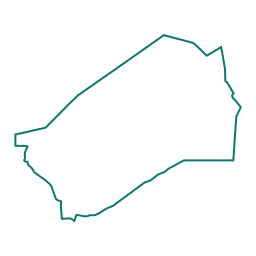 the border of Agadez
{"feature_id": "NER-800", "entity_name": "Agadez", "entity_type": "Department", "adm_level": 1, "iso_a3": "NER", "parent_name": "Niger", "parent_adm1": "", "projection": "natural_earth1", "projection_center": [10.912, 19.426], "detail": "fine", "context": "isolated", "style": "outline", "palette": "teal", "viewbox_px": 256, "rotation_deg": 0, "n_neighbors": 0, "source": "natural_earth", "source_scale": "10m", "svg_char_len": 3796}
<svg xmlns="http://www.w3.org/2000/svg" viewBox="0 0 256 256"><path d="M163.9,35.1L165.5,35.6L167.2,36.0L168.9,36.5L170.6,36.9L172.3,37.4L173.9,37.8L175.6,38.3L177.3,38.7L179.0,39.1L180.7,39.6L182.3,40.0L184.0,40.5L185.7,40.9L187.4,41.4L189.1,41.8L190.8,42.3L192.7,42.8L194.9,44.2L196.0,45.2L198.4,47.6L200.8,49.9L203.2,52.3L205.6,54.6L206.5,55.4L206.7,55.6L207.0,55.6L208.2,54.8L211.5,52.9L214.7,50.9L218.0,49.0L221.2,47.0L221.5,48.4L221.7,49.8L222.0,51.2L222.2,52.7L222.4,54.1L222.7,55.5L222.9,56.9L223.2,58.4L223.4,59.8L223.6,61.2L223.9,62.6L224.1,64.1L224.4,65.5L224.6,66.9L224.8,67.9L224.9,68.8L225.1,69.8L225.1,70.2L225.1,71.4L225.1,73.1L225.2,75.0L225.2,76.9L225.3,78.6L225.3,79.8L225.3,80.2L225.3,80.8L225.4,81.2L225.7,81.5L226.6,82.0L227.0,82.3L227.6,83.2L228.1,84.0L228.4,84.6L228.7,85.1L229.1,85.7L229.4,86.2L229.7,86.8L230.0,87.3L230.4,87.9L230.7,88.5L231.0,89.0L231.3,89.6L231.7,90.1L232.0,90.7L232.3,91.2L232.6,91.8L233.0,92.3L233.3,92.9L233.6,93.5L232.8,93.9L232.4,94.8L232.2,95.9L232.4,96.9L232.6,97.5L232.9,98.0L233.2,98.4L234.8,99.8L235.4,100.4L236.5,101.8L237.6,103.2L238.7,104.6L239.9,106.0L240.3,106.5L240.6,107.0L240.6,107.4L240.5,107.8L240.1,108.6L239.4,110.2L238.6,111.7L237.9,113.3L237.1,114.9L236.8,115.4L236.2,117.2L236.2,118.2L236.1,119.2L236.0,120.3L236.0,121.3L235.9,122.3L235.8,123.4L235.8,124.4L235.7,125.4L235.6,126.5L235.5,127.5L235.5,128.5L235.4,129.6L235.3,130.6L235.3,131.6L235.2,132.7L235.1,133.7L235.1,134.8L235.0,135.8L234.9,136.8L234.8,137.9L234.8,138.9L234.7,139.9L234.6,141.0L234.6,142.0L234.5,143.0L234.4,144.1L234.4,145.1L234.3,146.1L234.2,147.2L234.1,148.2L234.1,149.2L234.0,150.3L233.9,151.3L233.9,152.4L233.8,153.4L233.7,154.4L233.7,155.5L233.6,156.5L233.5,157.5L233.4,158.6L233.4,159.6L233.3,160.4L233.1,160.4L183.9,160.4L169.3,168.2L165.4,171.2L165.0,171.5L164.7,171.8L158.1,174.5L150.2,180.6L144.6,182.5L113.0,205.8L106.2,208.7L98.3,213.7L94.8,215.1L93.6,215.3L90.1,215.2L89.7,215.2L89.4,215.3L87.8,216.2L84.5,216.3L76.8,214.9L76.0,215.9L74.4,220.9L70.6,218.5L69.6,218.4L61.9,218.8L60.8,205.8L61.2,202.1L61.2,201.8L61.2,201.4L60.8,201.2L57.9,200.3L57.7,200.3L57.5,200.1L56.1,199.0L56.0,198.8L55.9,198.7L55.6,198.0L55.5,197.8L51.4,186.3L51.3,186.1L49.6,183.9L45.3,180.2L35.1,172.9L34.7,172.6L34.3,172.1L31.8,168.2L28.4,165.0L28.2,164.7L28.0,164.4L27.6,162.1L27.5,161.8L27.3,161.7L25.2,161.5L24.9,161.4L24.6,161.2L24.4,160.8L24.3,160.6L24.2,160.4L24.2,160.2L24.3,159.7L24.9,158.7L25.0,158.4L24.8,155.7L25.0,155.1L25.0,154.8L25.0,154.7L24.9,154.4L24.8,154.1L24.8,153.6L24.8,153.3L24.8,153.2L24.9,152.5L27.5,146.5L25.7,145.9L15.6,145.8L15.4,145.8L15.4,145.7L15.4,142.9L15.4,140.1L15.4,137.3L15.4,134.5L19.1,133.7L22.7,132.9L26.3,132.1L30.0,131.2L31.9,130.8L36.1,129.8L40.3,128.9L42.2,128.5L44.7,127.9L45.6,127.5L46.4,126.9L47.9,125.3L49.1,124.1L50.4,122.9L51.6,121.6L52.8,120.4L54.0,119.2L55.2,118.0L56.4,116.7L57.7,115.5L58.9,114.3L60.1,113.0L61.3,111.8L62.5,110.6L63.8,109.3L65.0,108.1L66.2,106.9L67.4,105.6L68.5,104.5L69.2,103.8L70.7,102.4L72.1,101.0L73.5,99.7L74.9,98.4L76.2,97.1L78.1,95.2L80.7,93.5L82.0,92.6L83.3,91.6L84.6,90.7L85.9,89.8L87.2,88.9L88.5,88.0L89.8,87.1L91.1,86.2L92.4,85.3L93.7,84.4L95.0,83.4L96.3,82.5L97.6,81.6L98.9,80.7L100.2,79.8L101.5,78.9L102.8,78.0L104.1,77.1L105.4,76.2L106.8,75.2L108.1,74.3L109.4,73.4L110.7,72.5L112.0,71.6L113.3,70.7L114.6,69.8L115.9,68.9L117.2,67.9L118.5,67.0L119.8,66.1L121.1,65.2L122.4,64.3L123.7,63.4L125.0,62.5L126.3,61.6L127.6,60.7L128.9,59.7L130.2,58.8L131.5,57.9L132.8,57.0L134.1,56.1L135.4,55.2L136.7,54.3L138.0,53.4L139.2,52.4L140.5,51.5L141.8,50.6L143.1,49.7L144.4,48.8L145.7,47.9L147.0,47.0L148.3,46.1L149.6,45.2L150.9,44.2L152.2,43.3L153.5,42.4L154.8,41.5L156.1,40.6L157.4,39.7L158.7,38.8L160.0,37.9L161.3,36.9L162.6,36.0L163.9,35.1Z" fill="none" stroke="#0f766e" stroke-width="2"/></svg>